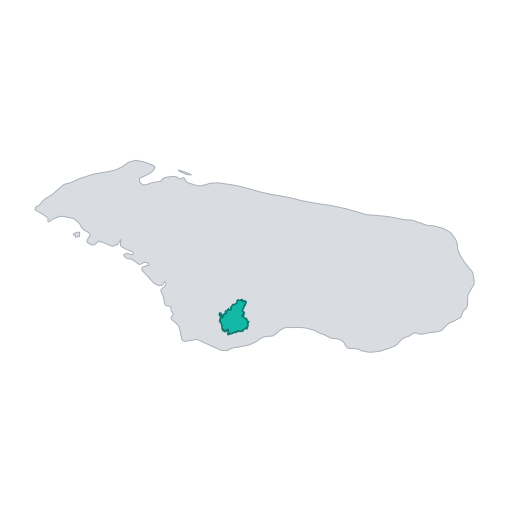 Morafenobe, Melaky, Madagascar (highlighted), rotated 263°
{"feature_id": "10022922B27026898293410", "entity_name": "Morafenobe", "entity_type": "district", "adm_level": 2, "iso_a3": "MDG", "parent_name": "Madagascar", "parent_adm1": "Melaky", "projection": "orthographic", "projection_center": [45.038, -17.912], "detail": "fine", "context": "in_parent", "style": "filled", "palette": "teal", "viewbox_px": 512, "rotation_deg": 263, "n_neighbors": 0, "source": "geoboundaries", "source_scale": "gbopen_adm2", "svg_char_len": 8432}
<svg xmlns="http://www.w3.org/2000/svg" viewBox="0 0 512 512"><g transform="rotate(263 256 256)"><path d="M338.6,53.9L339.9,57.2L341.5,60.5L346.6,68.3L348.7,71.3L350.5,74.5L351.3,80.8L354.4,90.7L357.2,105.4L357.8,120.5L358.6,127.4L360.8,134.0L364.6,140.9L365.7,148.4L363.1,156.1L359.5,163.3L358.5,164.7L356.9,166.5L356.1,166.4L353.4,164.4L351.2,161.3L348.5,153.9L347.6,150.2L346.4,149.6L343.0,149.9L340.6,152.1L340.1,153.5L340.5,157.6L341.3,161.3L341.7,165.1L341.6,169.8L342.5,171.2L343.8,172.5L345.1,175.6L345.2,182.9L344.3,186.6L341.8,189.7L341.9,191.5L342.8,193.3L341.9,194.4L338.7,195.7L337.4,196.9L335.7,200.1L332.8,206.6L332.3,210.0L333.8,220.3L333.2,227.6L329.4,241.4L327.2,248.0L324.2,255.8L319.7,266.2L315.1,279.1L311.2,292.5L308.4,300.5L305.2,308.4L300.8,322.4L297.0,336.6L291.5,352.2L284.0,369.6L283.2,371.9L281.6,380.8L279.8,388.5L277.8,396.2L273.6,408.8L273.1,412.7L272.1,416.4L268.2,424.3L266.6,427.2L265.4,430.3L264.7,434.3L263.5,438.1L260.6,445.1L256.4,451.1L253.6,453.3L247.5,456.4L244.4,457.1L237.6,457.1L231.1,458.9L224.2,462.3L217.6,466.3L215.1,468.2L212.3,469.3L203.6,469.5L201.0,468.6L192.3,462.0L188.9,461.0L182.5,460.1L180.6,459.5L178.9,458.7L176.3,455.2L171.1,452.3L169.9,451.4L169.1,449.4L168.5,447.3L167.2,444.8L166.1,440.2L164.4,437.0L159.6,431.3L159.1,429.5L158.7,423.5L158.8,419.4L158.2,411.8L158.7,408.3L160.4,405.1L159.7,401.7L157.8,398.1L157.1,394.3L155.8,390.9L150.7,384.8L149.5,381.8L148.6,378.6L146.6,368.9L146.3,365.5L146.5,358.3L147.2,354.5L148.4,351.9L148.7,350.0L149.5,348.4L150.7,347.0L151.4,345.4L153.2,336.2L155.6,334.1L159.2,332.9L162.0,330.5L163.7,327.2L165.3,320.5L169.7,313.8L171.3,310.3L175.0,305.0L178.2,297.5L179.1,294.0L179.8,290.4L180.6,282.5L181.2,278.6L181.1,274.7L179.2,270.7L174.7,263.5L174.6,262.1L174.9,256.7L174.5,252.8L172.9,249.0L170.7,245.3L168.6,238.5L167.6,227.2L167.7,223.1L167.1,219.4L165.6,216.0L166.6,209.9L180.0,187.9L180.4,185.4L179.9,178.7L180.1,174.8L180.6,173.3L181.6,172.5L183.9,172.1L194.9,171.1L196.3,170.4L199.0,168.6L202.7,165.0L204.4,164.0L205.9,164.4L206.9,165.9L208.1,166.7L212.5,165.1L214.2,165.1L215.9,165.3L216.7,163.9L217.2,161.9L217.9,160.5L219.1,159.7L224.8,159.2L228.4,158.7L233.1,157.3L234.1,157.6L237.9,162.6L239.0,163.1L240.5,163.3L241.8,162.4L238.7,159.7L238.3,158.3L238.4,156.6L240.1,153.0L242.9,150.2L249.0,146.1L255.4,141.3L257.3,141.0L258.8,141.8L260.0,147.5L259.8,148.4L260.8,148.6L262.0,147.9L263.1,145.6L263.2,143.7L262.3,141.8L261.9,140.3L261.9,138.9L265.2,135.5L267.8,132.3L269.0,128.5L270.0,126.7L272.7,124.8L273.5,125.1L274.1,126.7L274.4,128.5L273.7,130.2L272.7,131.8L272.3,134.1L273.8,134.5L275.2,134.0L277.4,130.0L279.8,126.1L281.2,124.2L283.0,122.8L286.0,123.1L288.9,124.0L284.2,119.9L283.1,114.3L288.8,104.8L288.9,102.8L289.7,102.2L290.1,101.4L287.3,98.1L286.7,96.5L287.1,94.1L288.6,91.9L289.8,90.4L291.6,89.9L293.1,90.7L296.1,93.5L298.2,93.9L300.8,91.4L302.9,88.2L306.1,86.1L309.7,84.8L315.2,79.9L318.9,69.4L319.2,66.4L318.5,62.6L317.3,59.1L315.2,54.6L315.8,53.6L318.7,54.3L319.7,53.7L323.0,49.9L328.5,42.5L330.2,42.6L331.7,44.0L332.2,46.0L333.3,47.6L336.8,51.2L338.6,53.9ZM301.1,82.7L301.1,83.8L297.0,83.3L296.5,79.3L298.4,79.2L298.9,77.6L300.1,77.4L301.4,81.0L301.1,82.7ZM347.8,196.2L344.3,202.0L345.3,197.1L349.5,190.2L350.6,189.7L347.8,196.2Z" fill="#d9dde1" stroke="#a8b0b8" stroke-width="1"/><path d="M214.2,237.2L214.0,236.8L214.2,236.5L214.2,236.3L214.4,236.2L214.5,235.9L214.4,235.4L214.1,235.1L213.9,235.0L213.8,234.4L214.0,234.0L214.0,233.5L214.5,233.2L214.7,232.9L214.7,232.7L214.2,232.2L213.7,231.9L213.6,231.6L213.2,231.6L211.5,230.8L211.1,229.8L210.7,229.2L210.5,228.9L210.5,228.6L210.6,228.4L210.6,227.8L210.4,227.8L210.3,227.5L210.6,227.2L210.3,226.8L210.2,226.6L209.8,226.3L209.2,225.9L208.8,225.5L208.3,225.1L208.3,224.9L208.1,224.8L207.9,224.6L207.7,224.5L207.6,224.8L207.3,224.8L207.1,224.9L206.8,224.8L206.6,224.8L206.4,225.1L205.8,224.9L205.5,224.5L205.5,224.3L205.9,223.7L205.7,223.4L206.0,223.1L206.0,222.8L206.0,222.6L206.1,222.4L206.2,222.1L206.3,222.1L206.5,222.1L206.2,221.8L206.3,221.5L206.2,221.2L205.9,221.2L205.7,221.4L205.4,221.2L205.1,220.7L205.0,220.2L205.1,219.9L205.0,219.7L205.1,219.4L204.8,219.2L204.8,218.9L204.6,218.9L204.2,218.7L203.8,218.8L203.7,219.0L203.3,219.1L203.0,219.5L202.9,219.3L202.6,219.3L202.4,219.3L202.3,219.1L202.5,218.8L202.5,218.4L202.6,218.2L202.6,217.8L202.5,217.7L202.2,217.5L201.9,216.8L201.5,216.6L200.6,216.5L200.2,216.3L199.9,215.8L199.5,215.7L199.3,215.4L199.2,215.1L199.3,215.0L199.0,214.8L198.8,214.8L198.9,214.4L199.0,214.4L199.1,214.2L199.3,214.3L199.6,214.3L199.6,214.6L199.7,214.4L199.9,214.6L200.0,214.5L200.3,214.8L200.4,214.6L200.6,214.5L200.6,214.8L200.9,214.6L201.0,214.6L200.9,214.9L201.1,215.1L201.2,214.9L201.3,214.9L201.2,215.1L201.5,215.0L201.8,215.1L201.7,215.0L201.7,214.8L201.8,214.8L201.9,214.7L202.0,214.8L202.1,214.6L202.2,214.8L202.5,214.7L202.8,214.5L203.5,214.2L203.9,213.2L203.5,213.0L203.4,212.8L203.2,212.6L202.9,212.6L202.7,212.6L202.3,212.4L201.9,212.5L201.6,212.5L201.4,213.1L201.4,213.3L201.2,213.3L200.9,213.3L200.7,213.1L200.4,213.0L200.0,213.2L199.9,213.2L199.4,213.5L199.2,213.5L199.1,213.4L198.8,213.5L198.7,213.5L198.4,213.0L197.9,212.8L197.9,212.6L197.7,212.4L197.1,212.7L196.7,212.7L196.5,212.3L196.1,212.0L196.0,212.4L195.6,212.6L195.1,212.7L194.7,212.4L194.5,212.6L194.2,212.7L194.0,212.8L193.5,213.2L193.5,213.4L193.0,213.4L192.8,213.6L192.4,213.4L192.2,213.4L191.7,213.7L191.3,213.5L190.9,213.8L190.4,213.6L190.0,213.7L189.5,213.5L188.7,213.6L188.1,213.5L187.8,213.7L187.9,213.9L187.8,214.0L187.6,213.9L187.3,213.6L186.9,213.5L186.7,213.7L186.7,214.2L186.8,214.7L186.7,214.7L186.4,214.6L186.3,214.8L186.1,214.9L186.2,215.0L186.1,215.4L185.9,215.3L185.7,215.1L185.7,215.3L185.2,215.4L185.2,215.5L185.3,215.6L185.3,215.8L185.2,215.8L185.2,216.0L185.1,215.9L184.9,215.9L185.0,216.3L184.7,216.7L184.8,216.8L185.0,216.9L185.3,216.9L185.4,217.1L185.2,217.2L185.2,217.3L185.8,217.6L185.9,218.1L186.5,218.1L186.7,218.3L186.7,218.5L186.6,219.1L186.4,219.3L186.2,219.4L186.1,219.5L185.7,219.4L185.4,219.3L185.3,219.0L185.4,218.9L185.1,218.7L185.0,218.8L184.8,218.8L184.4,219.0L184.4,219.3L184.2,219.5L183.8,219.8L183.7,219.6L183.6,219.4L183.3,219.3L183.1,219.0L182.8,218.9L182.7,218.8L182.5,218.6L182.5,218.4L181.7,218.4L181.5,218.5L181.4,219.0L181.3,219.4L181.5,219.5L181.7,220.2L182.1,220.8L181.9,220.9L181.8,221.1L181.9,221.4L181.8,221.6L181.9,221.8L181.9,222.5L182.0,222.8L182.1,223.1L182.1,223.4L182.3,223.6L182.3,223.9L182.6,224.0L182.7,224.4L182.9,225.5L182.7,225.8L182.9,226.1L182.6,226.2L182.5,226.5L182.8,226.6L183.0,227.2L183.3,227.5L183.0,227.9L183.6,228.3L183.5,228.5L183.9,229.2L183.8,229.6L183.4,229.8L183.2,230.1L183.3,230.3L183.3,230.7L183.4,230.9L183.4,231.3L183.1,231.6L183.1,231.9L182.9,232.0L183.1,232.8L183.1,233.2L183.0,233.5L183.2,233.9L183.4,233.8L183.6,234.0L183.8,233.9L184.2,234.1L184.5,234.7L184.4,234.9L185.3,236.0L185.6,236.7L185.2,237.0L185.1,237.4L185.0,237.5L184.9,238.3L185.2,238.3L185.4,238.2L185.7,238.2L185.9,237.9L186.3,238.1L186.5,238.2L186.5,238.7L187.0,239.4L187.3,239.3L187.9,239.3L188.3,239.6L189.2,239.8L189.8,239.5L190.1,239.3L190.6,239.4L190.5,239.7L190.7,240.2L191.1,240.3L191.2,240.5L191.6,240.8L191.9,240.6L192.0,240.3L192.5,239.5L193.0,239.5L193.3,239.4L193.5,239.4L194.0,239.2L194.2,238.9L194.3,238.6L194.6,238.8L194.8,238.7L195.1,238.8L195.1,238.5L195.1,238.3L195.3,237.8L195.5,237.6L195.7,237.4L195.9,237.2L196.3,236.9L196.6,236.7L196.9,236.1L197.1,236.0L197.4,235.9L197.7,236.1L197.7,235.8L197.8,235.4L198.0,235.3L198.0,235.1L198.4,235.2L198.8,235.2L198.8,235.4L199.0,235.6L198.9,236.0L199.0,236.2L199.2,235.7L199.8,235.9L199.9,236.1L199.8,236.5L200.0,236.6L200.0,236.8L200.3,237.1L200.5,237.4L200.7,237.5L200.8,237.5L200.8,237.4L201.1,237.2L201.1,236.9L201.3,236.9L201.5,236.8L201.7,236.7L202.0,236.9L202.1,236.6L202.3,236.4L202.7,236.3L202.7,236.2L202.9,235.8L203.1,235.9L203.5,235.9L203.6,236.1L204.0,236.1L204.3,236.2L204.8,236.3L204.9,236.6L205.2,236.8L205.4,237.2L206.5,237.6L206.8,238.0L207.2,238.2L207.4,238.3L207.8,238.1L207.9,238.4L208.1,238.4L208.4,238.7L208.7,238.9L208.6,239.3L208.8,239.5L209.8,239.6L210.0,239.8L210.3,239.8L210.5,240.1L210.6,240.3L211.1,240.7L211.4,240.7L212.0,240.4L212.3,240.1L212.5,239.7L212.8,239.7L213.0,239.5L213.0,239.3L212.9,239.2L212.4,239.0L212.5,238.3L212.7,237.9L212.4,237.7L212.3,237.3L212.4,237.0L213.1,236.7L213.7,237.0L213.8,237.2L213.9,237.3L214.2,237.2Z" fill="#14b8a6" stroke="#0f766e" stroke-width="1.5"/></g></svg>